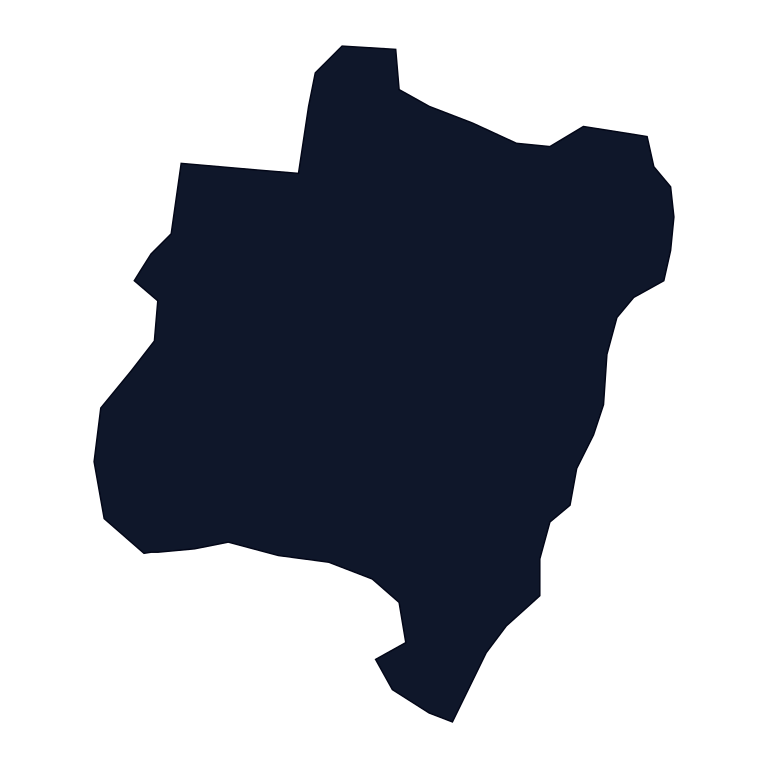 outline of Gwangsan-gu, South Jeolla, South Korea
{"feature_id": "91817680B16538338684661", "entity_name": "Gwangsan-gu", "entity_type": "district", "adm_level": 2, "iso_a3": "KOR", "parent_name": "South Korea", "parent_adm1": "South Jeolla", "projection": "mercator", "projection_center": [126.761, 35.15], "detail": "fine", "context": "isolated", "style": "filled", "palette": "ink", "viewbox_px": 768, "rotation_deg": 0, "n_neighbors": 0, "source": "geoboundaries", "source_scale": "gbopen_adm2", "svg_char_len": 823}
<svg xmlns="http://www.w3.org/2000/svg" viewBox="0 0 768 768"><path d="M452.4,721.9L486.2,652.7L506.3,625.9L530.1,604.5L539.8,595.7L539.8,558.9L549.9,522.0L570.0,505.2L576.7,468.4L593.5,434.9L603.5,404.7L606.9,354.4L616.9,317.5L633.7,297.4L663.8,280.7L670.6,250.5L673.9,217.0L670.6,186.8L653.8,166.7L647.1,136.6L637.3,135.0L583.4,126.5L549.9,146.6L516.4,143.3L472.8,123.2L429.2,106.4L399.1,89.6L395.7,49.4L342.1,46.1L315.3,72.9L308.6,106.4L298.5,173.4L258.3,170.1L181.2,163.4L171.2,233.8L151.1,253.9L140.3,271.0L134.3,280.7L157.8,300.8L154.4,341.0L131.0,371.2L100.8,408.0L94.1,461.7L104.2,518.6L144.0,553.3L151.1,552.2L157.8,552.2L194.6,548.8L228.2,542.1L278.4,555.5L328.7,562.2L372.3,579.0L399.1,602.4L405.8,642.6L375.6,659.4L392.4,689.6L429.2,713.0L452.4,721.9Z" fill="#0f172a" stroke="#020617" stroke-width="1.5"/></svg>